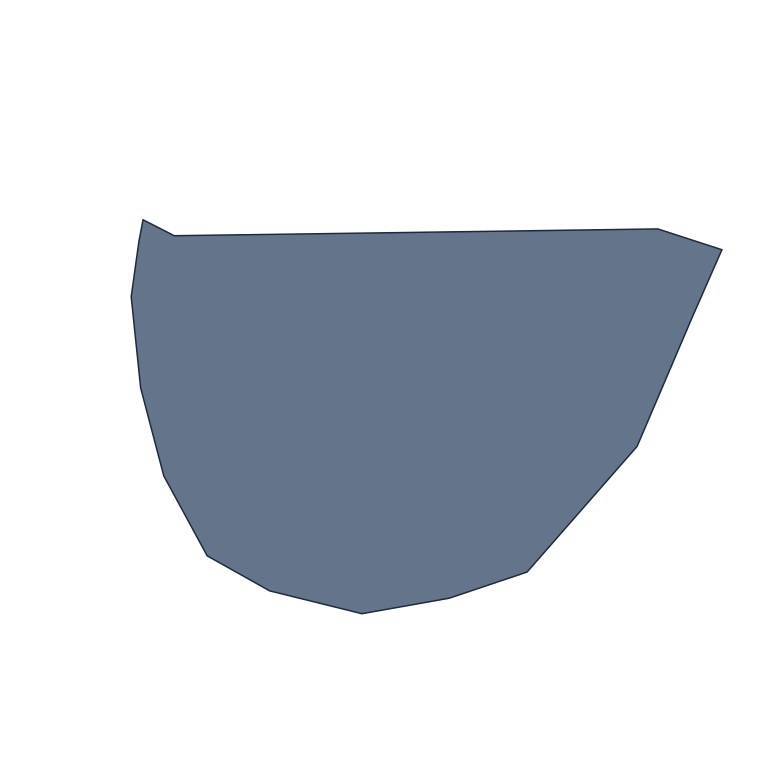 outline of Kingston upon Hull, rotated 198°
{"feature_id": "GBR-2055", "entity_name": "Kingston upon Hull", "entity_type": "Unitary Authority", "adm_level": 1, "iso_a3": "GBR", "parent_name": "United Kingdom", "parent_adm1": "", "projection": "mercator", "projection_center": [-0.364, 53.752], "detail": "fine", "context": "isolated", "style": "filled", "palette": "slate", "viewbox_px": 768, "rotation_deg": 198, "n_neighbors": 0, "source": "natural_earth", "source_scale": "10m", "svg_char_len": 363}
<svg xmlns="http://www.w3.org/2000/svg" viewBox="0 0 768 768"><g transform="rotate(198 384 384)"><path d="M663.9,465.7L629.3,460.2L171.5,616.1L104.1,616.1L111.5,542.2L124.0,402.9L189.8,249.4L255.7,200.5L334.0,158.7L428.8,151.9L499.0,165.9L565.0,228.5L614.3,305.2L651.4,388.9L661.2,444.1L663.9,465.7Z" fill="#64748b" stroke="#1e293b" stroke-width="1.5"/></g></svg>